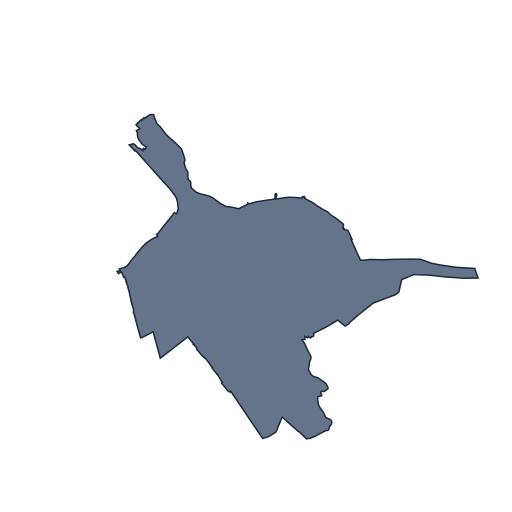 Amersfoort, Utrecht, Netherlands (Robinson projection), rotated 223°
{"feature_id": "6326949B34184194665398", "entity_name": "Amersfoort", "entity_type": "district", "adm_level": 2, "iso_a3": "NLD", "parent_name": "Netherlands", "parent_adm1": "Utrecht", "projection": "robinson", "projection_center": [5.382, 52.164], "detail": "fine", "context": "isolated", "style": "filled", "palette": "slate", "viewbox_px": 512, "rotation_deg": 223, "n_neighbors": 0, "source": "geoboundaries", "source_scale": "gbopen_adm2", "svg_char_len": 6014}
<svg xmlns="http://www.w3.org/2000/svg" viewBox="0 0 512 512"><g transform="rotate(223 256 256)"><path d="M424.6,250.8L416.3,250.1L416.3,251.0L382.4,247.8L382.0,248.0L381.2,247.7L373.3,247.0L372.0,247.0L364.5,246.3L362.6,246.0L361.0,245.7L358.7,245.1L358.2,245.3L355.7,244.6L353.4,243.9L352.2,243.2L350.8,242.3L349.0,240.9L344.7,237.2L344.6,236.3L344.1,235.1L343.8,234.9L342.8,232.9L343.7,232.5L345.3,232.1L345.1,231.5L345.1,229.9L344.8,227.4L344.1,217.6L343.1,204.5L343.5,204.0L342.7,203.7L341.9,203.8L341.2,203.3L342.7,200.0L342.7,199.8L343.7,196.9L344.6,193.6L345.0,190.8L345.2,189.5L345.3,187.0L345.3,184.5L345.1,179.5L344.9,178.8L344.8,178.2L345.0,178.1L344.9,175.1L344.4,174.6L344.5,171.2L344.3,168.9L344.3,168.3L344.2,167.2L344.0,165.9L343.8,164.5L343.7,162.4L343.7,160.7L343.9,158.8L344.1,158.9L344.3,158.8L344.1,158.5L344.2,157.8L345.8,155.6L346.8,154.3L346.7,154.2L347.2,153.4L345.3,152.6L346.8,150.5L346.6,150.5L347.0,150.0L346.1,149.6L344.6,149.2L343.8,151.5L343.4,152.7L338.3,150.2L337.7,151.0L335.9,150.1L334.4,149.5L334.4,149.4L333.4,148.9L333.6,148.6L330.7,147.1L330.0,146.9L328.8,146.3L328.5,146.0L328.4,145.9L328.4,145.7L326.2,144.5L324.2,143.2L317.1,138.2L311.3,134.6L309.0,133.3L307.1,131.0L304.3,129.7L299.4,126.5L284.5,117.4L282.7,121.4L281.2,125.6L279.6,130.4L277.2,129.0L272.6,126.1L265.3,121.6L256.3,115.9L250.7,150.4L243.9,149.4L241.2,149.1L241.3,148.5L240.4,148.8L236.1,148.1L236.1,147.7L235.9,147.4L235.4,147.3L227.5,146.3L221.6,146.5L218.2,145.8L211.6,144.6L211.7,144.1L203.6,142.9L203.5,143.1L200.6,142.4L195.8,140.9L195.0,140.6L194.4,140.6L194.3,139.5L183.7,138.1L181.9,139.0L182.2,139.8L170.7,137.2L152.2,132.9L126.7,127.1L124.1,131.5L123.6,132.4L121.6,139.7L121.4,140.7L121.5,141.4L121.6,141.9L123.2,145.8L126.7,155.2L127.0,155.8L126.7,155.9L125.8,156.1L114.3,156.3L105.6,156.5L104.8,156.7L104.2,156.9L103.8,156.9L99.6,156.9L98.9,156.8L94.3,156.7L94.0,157.2L92.9,158.6L91.9,160.1L90.1,164.0L89.5,165.3L88.4,169.0L87.4,171.4L86.2,175.3L85.7,176.0L84.7,177.1L84.4,177.7L84.3,178.2L84.5,178.9L84.8,179.4L85.5,180.4L85.8,181.2L86.0,183.4L86.1,184.3L86.3,184.7L86.7,185.6L87.1,186.0L87.9,186.6L88.5,186.9L89.0,187.0L89.7,187.1L90.4,187.0L93.7,185.8L94.5,185.7L95.1,185.6L95.7,185.8L100.0,187.6L101.2,187.9L106.0,188.8L107.1,189.1L108.4,189.7L109.9,190.6L113.4,193.5L113.9,194.0L114.3,194.5L114.5,195.0L114.5,195.5L114.4,195.8L114.1,196.4L112.9,197.9L112.7,198.2L112.7,198.6L112.9,198.9L113.3,199.3L113.8,199.5L114.8,199.8L115.5,200.3L115.9,200.8L116.0,201.2L115.9,201.6L115.7,201.8L114.2,202.9L113.8,203.4L113.6,203.8L113.0,206.8L112.8,207.9L112.9,208.1L113.1,208.5L113.9,209.0L115.2,209.6L117.1,210.2L119.1,210.4L120.7,210.2L127.4,209.2L128.8,208.7L131.1,207.4L132.1,207.0L132.9,206.9L134.5,207.0L135.6,207.2L136.6,207.5L139.5,208.4L140.4,209.0L140.9,209.6L142.6,212.6L144.4,214.8L144.9,215.8L145.5,217.7L145.8,218.3L146.5,219.1L147.1,219.8L148.5,220.5L150.8,221.2L155.6,223.0L157.3,223.7L159.0,224.5L160.3,225.0L162.0,225.4L165.3,226.1L163.6,228.4L163.8,228.4L165.4,230.5L162.5,231.3L162.5,231.8L162.9,232.8L160.3,233.1L160.2,233.2L160.1,233.9L160.6,234.3L160.0,235.5L159.3,236.0L159.4,237.0L159.6,237.3L160.3,238.1L160.7,238.4L161.2,238.5L156.1,252.2L154.5,257.6L152.5,264.8L149.6,265.1L143.0,265.4L142.5,267.4L142.0,269.1L141.8,269.7L141.8,270.4L141.9,270.7L142.2,271.1L140.9,283.0L138.2,301.3L133.0,312.1L127.5,323.0L126.9,327.0L133.3,338.0L128.1,349.9L116.4,360.0L103.0,370.0L88.8,381.5L78.6,391.3L87.1,395.8L87.5,396.1L102.2,384.0L115.6,374.8L122.7,370.4L133.6,365.7L139.6,360.3L144.4,355.8L153.6,346.9L161.0,339.5L170.4,331.1L172.6,328.2L176.7,324.2L187.1,328.4L195.4,332.0L198.0,333.2L197.3,333.7L200.3,335.0L206.3,337.4L207.0,336.9L208.8,336.0L209.8,335.4L210.2,336.0L211.1,335.6L211.5,336.5L212.2,336.3L213.1,338.3L213.4,338.6L214.1,338.9L215.0,338.9L222.2,338.2L228.9,337.1L229.8,337.1L232.3,337.2L234.2,337.0L236.1,336.5L239.3,335.6L246.6,334.2L249.5,333.9L249.6,334.0L259.5,331.4L259.7,331.9L260.0,331.8L260.3,331.8L260.6,332.0L260.8,332.4L261.4,332.4L261.4,331.7L261.5,331.4L261.8,331.3L262.6,331.1L262.6,330.9L262.3,330.6L262.3,329.7L262.7,329.0L263.1,328.6L266.6,326.1L268.8,324.2L271.4,321.9L273.0,320.2L273.0,320.3L274.2,318.9L280.3,311.2L282.1,313.7L281.8,313.8L282.6,315.0L283.3,315.2L283.4,315.4L284.0,315.1L283.8,314.9L284.1,314.1L283.9,313.8L282.7,312.9L281.7,311.1L281.6,310.4L281.8,309.6L283.5,307.4L285.8,304.7L287.3,302.7L291.9,296.9L294.6,292.9L296.5,289.7L297.3,289.0L297.8,289.3L298.2,289.1L297.5,288.5L297.7,287.3L299.4,283.1L300.4,280.0L300.8,278.7L303.6,277.2L307.4,274.9L310.0,273.2L311.5,271.9L312.2,271.6L314.5,271.1L316.8,270.4L318.0,270.1L320.0,270.0L322.3,269.6L326.4,269.2L328.9,268.7L330.0,268.3L331.3,267.7L334.7,266.0L338.3,263.9L342.2,262.2L343.5,261.9L346.8,261.7L349.4,261.7L349.9,261.9L350.7,262.3L351.8,263.2L353.2,264.5L353.7,265.1L354.4,265.6L354.9,265.8L355.5,265.9L357.1,265.7L357.4,265.7L357.9,265.9L358.7,266.5L360.7,268.4L362.3,270.2L363.0,270.7L363.8,271.1L366.1,271.7L367.1,272.1L369.8,273.6L372.1,275.3L372.4,275.5L372.7,275.9L372.8,276.3L373.0,277.1L373.4,277.7L374.9,278.8L375.0,278.8L375.7,279.3L375.8,279.3L381.6,282.5L383.1,283.3L383.6,283.5L384.8,283.6L396.3,283.8L396.9,283.7L398.4,283.5L404.6,283.6L406.5,283.9L414.0,285.2L418.1,285.2L418.7,285.3L423.1,287.2L423.7,287.6L427.4,289.6L430.0,287.0L430.6,284.4L431.3,280.7L432.3,280.8L432.3,279.0L432.2,278.1L432.0,277.2L432.9,277.3L433.0,277.0L433.1,276.1L433.1,273.3L433.3,272.9L433.0,272.8L433.1,272.0L433.4,270.6L433.4,270.4L433.0,270.1L432.7,270.0L432.1,269.9L430.8,269.9L429.7,270.0L429.4,270.1L427.8,269.8L427.7,269.6L429.0,266.1L428.3,265.8L427.6,265.5L427.0,265.4L426.7,265.3L426.5,265.1L426.2,264.6L424.7,263.1L424.0,262.6L423.2,262.1L421.1,261.2L415.8,260.1L410.5,260.9L409.7,258.3L411.6,258.0L411.5,257.7L411.6,257.2L411.4,256.8L411.2,256.3L410.8,255.9L412.5,255.7L413.8,255.7L415.3,255.0L415.7,254.5L415.9,254.4L420.2,254.8L422.5,254.4L422.7,253.5L424.0,251.7L424.3,251.2L424.5,251.1L424.6,250.8Z" fill="#64748b" stroke="#1e293b" stroke-width="1.5"/></g></svg>